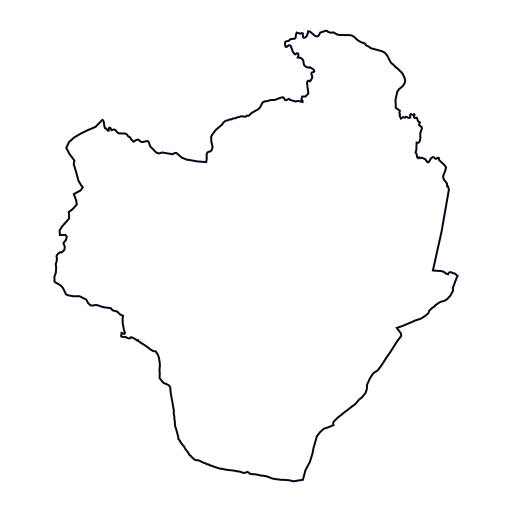 the district of Siguiri, Siguiri, Guinea
{"feature_id": "49546643B83328532988272", "entity_name": "Siguiri", "entity_type": "district", "adm_level": 2, "iso_a3": "GIN", "parent_name": "Guinea", "parent_adm1": "Siguiri", "projection": "mercator", "projection_center": [-9.454, 11.68], "detail": "fine", "context": "isolated", "style": "outline", "palette": "ink", "viewbox_px": 512, "rotation_deg": 0, "n_neighbors": 0, "source": "geoboundaries", "source_scale": "gbopen_adm2", "svg_char_len": 5950}
<svg xmlns="http://www.w3.org/2000/svg" viewBox="0 0 512 512"><path d="M123.9,329.9L124.9,332.6L124.5,333.8L123.1,333.6L121.6,332.9L121.5,334.1L121.1,335.3L121.3,336.5L121.9,336.8L124.7,336.9L126.1,337.3L126.9,337.7L128.5,338.3L129.8,338.4L131.1,337.2L132.8,337.8L136.1,339.7L137.0,340.5L137.9,340.1L138.2,340.8L140.5,342.6L144.9,345.3L148.3,347.7L150.8,349.7L153.2,351.0L155.9,351.5L158.1,355.3L159.0,358.0L159.7,362.8L159.9,366.0L159.6,368.2L159.5,370.8L159.8,373.5L159.6,376.1L159.6,378.1L162.1,381.3L163.7,383.0L166.7,384.2L168.0,384.9L169.3,385.8L170.3,387.5L170.6,392.2L173.9,410.8L173.7,412.2L173.8,414.1L174.4,416.7L174.3,418.5L174.8,421.1L174.9,423.4L175.2,426.4L176.0,428.6L177.9,435.6L178.3,437.3L178.2,438.6L180.4,441.5L180.4,442.1L181.6,443.5L182.2,444.5L183.8,446.1L185.3,448.9L186.7,450.8L187.5,451.6L189.5,455.0L191.2,456.3L192.1,457.5L193.5,458.7L194.4,459.6L196.2,460.1L198.6,460.4L200.1,461.0L203.6,462.8L205.8,463.4L206.8,464.3L207.7,464.2L209.4,464.8L209.8,465.4L210.9,465.5L215.4,467.2L221.0,468.9L222.9,468.9L225.0,469.6L226.4,469.6L227.3,469.9L234.7,470.7L237.1,471.3L240.0,471.6L242.9,472.8L243.9,472.9L245.8,472.6L247.4,471.9L249.2,472.9L249.8,473.8L252.7,474.2L255.3,474.3L258.1,474.8L259.3,475.2L261.4,475.6L262.9,475.7L267.0,476.4L272.0,478.4L273.2,478.7L276.2,479.2L282.0,479.9L282.9,479.8L288.4,480.2L290.0,480.4L293.3,481.3L302.9,479.8L305.4,470.4L309.8,462.1L312.4,453.8L313.6,447.7L316.9,436.2L320.2,432.0L323.7,428.8L327.8,427.5L333.5,425.1L333.1,423.7L333.2,423.1L333.5,422.0L334.4,420.9L335.8,419.6L337.2,418.1L338.4,417.1L341.8,414.5L343.5,413.0L348.4,409.3L353.0,405.7L355.1,404.3L359.2,399.5L361.9,397.4L365.5,393.0L366.8,389.3L367.1,384.6L370.2,377.9L373.3,373.2L377.7,370.4L381.6,365.2L386.2,358.0L390.5,351.8L397.0,341.5L399.7,338.0L401.2,335.9L401.0,333.5L396.8,327.9L402.4,326.0L412.4,321.8L414.6,320.7L421.0,318.6L425.8,315.5L428.3,313.2L429.3,310.7L432.5,307.6L434.1,306.7L435.3,305.3L439.3,302.5L441.6,301.5L443.8,301.1L447.0,299.3L450.4,295.6L453.1,290.6L452.8,288.4L453.5,286.1L454.4,283.9L455.1,281.6L456.0,279.8L456.6,277.8L457.6,275.9L454.6,273.4L452.9,273.2L451.4,272.3L449.7,272.2L448.6,273.1L448.1,274.3L446.2,273.7L444.1,272.0L441.6,271.1L432.9,270.5L441.5,231.9L448.9,189.6L448.1,186.5L447.1,186.3L447.0,183.6L443.6,179.0L443.1,176.2L445.4,170.3L446.0,167.3L444.2,164.8L439.2,160.2L438.8,158.0L438.0,157.7L436.2,158.8L435.2,158.6L434.0,157.3L432.5,157.2L430.9,158.5L429.1,161.5L428.3,162.3L427.3,162.1L425.2,159.2L421.7,157.7L418.8,158.2L418.9,157.4L417.2,157.4L416.5,153.8L415.5,152.3L416.3,150.4L416.6,142.6L418.0,142.8L418.8,142.4L419.8,141.0L420.3,138.6L420.3,133.0L421.9,128.5L421.6,127.0L419.3,125.3L419.1,124.4L419.9,122.4L418.0,121.2L416.9,117.8L414.7,118.1L414.1,117.4L414.0,116.5L414.6,115.0L414.1,114.2L412.5,114.9L410.9,114.1L410.1,115.0L410.3,117.3L409.7,117.8L408.4,117.9L406.5,116.8L405.9,116.8L405.0,117.7L403.3,117.0L401.0,118.6L399.6,115.8L400.0,114.4L399.4,113.1L399.8,110.6L395.8,107.9L395.5,99.7L397.3,91.7L398.9,89.3L402.6,86.3L404.5,83.4L405.2,80.7L404.5,77.6L402.2,73.1L397.0,68.0L395.9,67.4L393.2,64.5L391.5,63.3L390.4,61.8L387.1,55.4L384.7,52.6L381.6,51.1L370.8,48.2L368.8,46.6L366.0,45.3L365.2,43.9L363.7,42.9L362.2,42.7L360.3,41.8L357.4,40.0L354.5,37.2L352.4,35.8L350.5,35.2L345.2,35.0L344.9,35.2L343.4,34.9L339.9,35.1L337.2,34.5L333.4,32.4L330.7,32.7L328.1,31.9L327.0,30.9L325.9,30.7L320.2,32.6L318.6,35.7L317.6,36.4L316.4,36.3L314.9,35.8L310.0,31.6L308.1,31.3L307.8,33.4L306.6,36.2L305.3,37.5L303.8,37.8L302.9,36.7L302.8,33.4L301.6,33.1L300.3,33.7L296.7,32.6L296.2,33.8L295.5,37.9L294.7,38.7L290.5,39.1L288.8,40.8L286.1,41.4L285.3,42.0L284.9,44.1L285.6,46.7L286.7,46.9L288.6,45.3L289.9,45.3L290.7,45.9L292.8,51.7L294.6,54.1L295.2,54.4L297.0,53.2L297.9,53.4L298.4,54.2L298.4,55.5L297.7,57.5L300.5,57.8L302.4,59.2L303.4,60.9L303.7,63.7L304.2,65.2L305.7,66.6L306.8,67.2L309.5,67.7L310.0,67.3L313.3,69.3L314.0,70.3L314.2,71.4L313.6,72.0L312.1,72.4L311.5,73.1L311.4,74.1L312.3,76.6L312.2,77.6L311.1,80.0L309.9,81.3L308.9,80.6L308.0,80.9L307.3,81.8L307.0,83.4L308.3,92.7L308.1,93.8L305.4,96.5L302.2,96.5L301.4,99.5L302.6,100.8L302.5,102.0L298.9,101.1L297.4,101.0L295.8,101.5L290.0,99.9L288.9,98.8L286.2,100.2L285.1,100.0L283.5,97.5L282.6,97.3L279.9,97.9L275.4,99.8L269.9,100.2L266.7,101.3L265.3,101.2L263.0,102.2L262.3,103.0L259.9,107.6L258.3,109.2L251.9,112.8L248.6,115.8L247.2,115.6L245.5,116.7L241.1,116.3L238.8,117.1L237.1,117.3L235.9,118.1L232.7,118.6L231.6,119.4L229.7,119.4L227.8,120.4L226.0,120.6L224.8,121.3L223.0,123.1L222.3,124.4L215.7,130.0L212.1,134.8L211.2,136.8L211.3,141.4L212.6,147.1L211.5,150.4L210.3,151.4L208.2,151.9L207.2,152.9L206.6,154.7L206.7,159.0L206.2,162.1L197.1,161.4L188.5,159.8L187.4,159.9L181.8,157.6L176.6,153.1L175.0,152.9L172.5,154.2L162.2,152.5L158.7,153.5L157.8,153.0L157.0,153.0L155.4,151.7L150.2,146.3L148.6,141.7L147.1,141.0L142.5,142.1L141.2,141.9L138.2,139.6L136.7,139.8L133.5,141.7L130.7,138.8L130.2,137.5L128.2,136.3L126.8,134.4L125.2,133.5L119.1,133.4L117.5,132.5L115.1,129.8L113.5,129.5L111.5,130.2L110.5,128.1L109.7,127.6L109.0,128.1L108.6,130.7L107.6,130.5L106.2,128.5L105.1,128.3L104.5,126.8L103.7,121.6L103.0,120.3L102.3,119.9L95.5,126.9L87.5,130.3L81.1,133.4L74.3,137.4L69.0,142.1L66.3,147.8L69.4,153.9L74.4,160.5L73.7,164.0L76.0,171.6L78.5,180.8L80.8,184.8L82.8,187.3L80.6,190.4L73.8,194.1L76.3,200.8L76.7,204.6L72.5,209.3L68.8,211.9L69.1,215.4L69.0,218.7L62.2,226.3L59.6,230.4L59.9,235.0L65.4,234.9L66.8,236.8L65.8,240.2L63.4,243.1L64.8,246.7L64.4,249.9L61.6,252.5L60.2,252.2L57.7,254.1L56.5,256.0L56.9,258.6L56.6,261.8L55.7,264.0L56.2,267.5L55.8,272.8L54.4,276.6L54.5,280.1L54.4,281.5L55.4,282.4L59.3,284.6L61.4,286.1L63.1,288.3L66.1,294.5L68.5,295.4L73.8,296.3L79.4,296.2L86.3,299.6L88.1,303.1L90.6,305.4L93.1,305.5L96.1,304.9L98.9,305.7L102.6,307.0L104.4,307.4L110.7,308.1L112.6,310.3L117.2,311.6L120.0,314.4L123.0,315.8L122.6,318.5L122.7,323.0L123.9,329.9Z" fill="none" stroke="#020617" stroke-width="2"/></svg>